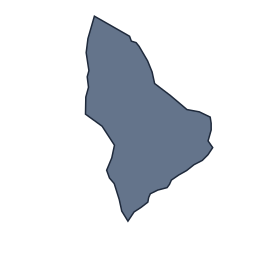 the border of Buyende, rotated 29°
{"feature_id": "UGA-5593", "entity_name": "Buyende", "entity_type": "District", "adm_level": 1, "iso_a3": "UGA", "parent_name": "Uganda", "parent_adm1": "", "projection": "natural_earth1", "projection_center": [33.195, 1.209], "detail": "fine", "context": "isolated", "style": "filled", "palette": "slate", "viewbox_px": 256, "rotation_deg": 29, "n_neighbors": 0, "source": "natural_earth", "source_scale": "10m", "svg_char_len": 705}
<svg xmlns="http://www.w3.org/2000/svg" viewBox="0 0 256 256"><g transform="rotate(29 128 128)"><path d="M184.1,167.9L179.4,174.7L179.8,178.8L181.3,183.2L178.0,190.9L174.0,198.5L173.1,209.5L162.8,203.7L155.1,194.9L142.9,183.3L136.0,180.7L129.8,175.3L128.3,162.0L124.5,149.6L104.5,139.0L84.1,136.5L76.1,121.4L73.7,111.5L67.5,103.0L66.0,96.8L54.9,82.4L49.6,69.2L44.4,46.5L84.9,47.0L88.8,50.4L93.7,49.4L98.1,51.2L112.6,59.8L121.9,67.3L129.7,76.2L149.5,79.1L170.6,83.3L182.5,79.3L194.6,78.6L198.4,83.5L201.7,89.4L204.3,100.5L211.6,104.1L210.9,112.6L208.7,120.3L203.5,128.1L199.9,136.8L195.1,144.6L191.2,152.5L191.6,157.2L191.1,161.2L184.1,167.9Z" fill="#64748b" stroke="#1e293b" stroke-width="1.5"/></g></svg>